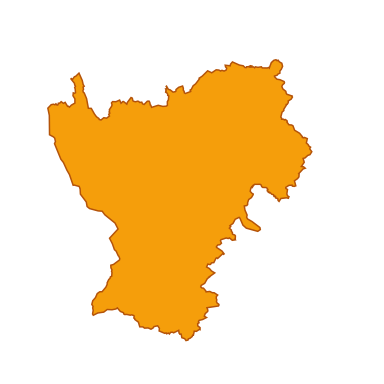 Roscrea-Templemore Lea-4, North Tipperary, Ireland (Mercator projection), rotated 166°
{"feature_id": "5873133B40874438019884", "entity_name": "Roscrea-Templemore Lea-4", "entity_type": "district", "adm_level": 2, "iso_a3": "IRL", "parent_name": "Ireland", "parent_adm1": "North Tipperary", "projection": "mercator", "projection_center": [-7.88, 52.84], "detail": "fine", "context": "isolated", "style": "filled", "palette": "amber", "viewbox_px": 384, "rotation_deg": 166, "n_neighbors": 0, "source": "geoboundaries", "source_scale": "gbopen_adm2", "svg_char_len": 5987}
<svg xmlns="http://www.w3.org/2000/svg" viewBox="0 0 384 384"><g transform="rotate(166 192 192)"><path d="M77.7,298.8L78.5,300.0L80.7,300.0L82.6,299.0L83.8,298.3L87.0,293.6L87.3,294.3L88.9,294.1L93.8,295.4L94.4,296.7L97.9,297.0L100.2,298.1L101.2,297.4L102.1,298.5L104.9,299.0L103.6,299.8L104.7,300.4L106.8,299.9L108.7,300.3L109.3,299.6L110.5,300.0L111.8,302.1L115.3,303.7L121.3,308.4L123.7,306.7L124.4,305.2L129.1,307.0L129.2,305.3L128.4,303.9L128.6,303.2L129.5,302.0L131.6,301.6L133.5,302.8L135.0,302.5L136.4,303.8L139.0,304.7L144.0,302.9L147.5,305.8L154.1,301.9L157.6,300.7L157.4,300.0L162.4,296.0L165.2,294.8L167.8,291.8L169.2,291.3L168.8,290.1L169.1,289.8L174.6,289.2L175.4,290.0L175.3,291.6L175.8,292.9L175.3,294.8L175.5,297.1L179.6,296.8L182.7,295.3L183.2,293.8L183.8,293.4L186.2,293.5L188.5,296.4L190.1,297.3L191.1,300.9L191.5,300.7L191.2,300.0L191.4,298.6L192.7,298.4L192.4,297.6L193.0,296.3L192.7,296.1L193.4,295.2L192.4,294.2L191.9,292.6L192.2,291.6L191.3,290.9L192.6,287.2L194.1,285.6L194.9,282.1L196.1,281.5L199.6,282.1L203.8,284.3L210.7,283.9L211.0,286.2L211.4,286.4L211.3,289.2L211.7,290.6L213.4,290.9L217.3,288.5L218.7,289.6L219.0,291.3L221.2,291.6L221.8,292.8L222.8,293.3L225.0,293.2L226.8,294.2L227.3,294.9L227.2,297.5L228.3,298.4L233.0,294.6L234.0,293.0L236.5,296.3L237.2,296.5L239.4,295.3L240.0,298.7L243.9,298.0L247.2,298.9L248.6,297.9L248.5,295.9L249.2,294.7L252.3,291.8L252.4,290.6L253.1,289.7L252.7,289.3L252.8,288.2L254.0,287.6L253.7,285.7L257.0,284.3L259.6,285.4L262.9,283.9L264.5,284.8L264.5,285.8L266.5,288.1L267.8,291.3L269.5,297.5L272.3,298.3L271.7,308.1L272.6,314.2L273.3,315.0L273.4,316.7L272.4,317.9L272.3,320.2L271.0,320.7L271.6,322.6L271.5,326.8L272.9,334.7L276.9,332.4L278.2,332.3L280.6,330.2L281.7,331.3L282.1,331.0L279.8,326.0L279.9,324.2L279.5,322.8L280.6,321.7L280.4,320.5L281.0,316.5L282.2,316.2L283.2,316.9L284.2,314.2L283.1,310.7L284.1,306.6L288.0,305.5L290.4,304.0L291.3,305.2L292.0,305.2L293.4,309.7L295.3,309.1L297.1,311.3L298.9,310.2L300.2,310.5L300.9,309.1L301.4,308.9L302.1,309.2L302.7,310.5L303.9,309.8L305.2,310.7L307.5,310.8L311.6,308.2L311.9,300.9L316.4,282.0L313.1,279.0L312.2,277.5L312.3,273.9L313.7,272.2L311.3,255.5L309.6,251.7L308.1,243.5L306.7,238.6L305.7,227.3L304.6,227.2L300.1,224.7L299.8,222.1L300.8,216.9L297.0,207.9L297.3,203.3L295.4,200.7L287.7,196.4L283.8,195.1L282.1,191.0L274.2,180.5L272.7,174.0L283.2,167.1L281.8,161.1L281.2,154.8L279.9,152.9L279.0,148.0L278.5,147.3L278.2,144.8L278.8,143.6L285.7,140.7L288.5,140.6L289.0,138.0L288.5,135.8L289.3,134.3L289.1,133.3L290.3,129.7L291.7,129.4L292.6,127.9L293.9,127.3L296.3,124.4L296.6,123.0L298.6,120.5L303.4,117.0L305.7,117.5L308.5,116.4L311.2,112.9L314.6,110.5L316.4,107.2L315.7,104.8L316.4,103.6L316.5,101.1L318.0,97.7L317.6,96.3L312.7,97.4L306.7,96.8L302.7,98.5L298.1,97.1L294.1,96.9L292.5,97.6L290.4,93.4L287.7,91.5L287.7,90.2L287.0,89.4L284.9,89.0L281.7,87.4L280.2,87.4L278.4,86.2L278.1,85.6L278.9,83.8L278.2,83.0L278.3,82.1L275.5,78.7L275.3,73.8L272.3,73.0L271.0,71.4L267.4,70.7L265.0,68.8L262.8,69.4L261.4,70.6L257.7,70.5L256.6,67.7L257.5,65.1L252.7,61.5L251.2,61.5L251.0,60.6L249.0,60.8L248.3,59.7L246.7,61.0L244.9,60.7L243.9,59.8L238.4,61.0L238.7,58.2L238.2,57.6L238.2,57.0L236.9,56.7L237.1,53.1L234.6,51.5L233.8,49.3L231.7,49.3L231.0,50.4L229.4,50.5L226.8,51.7L226.0,52.9L225.3,52.7L223.5,56.4L221.4,55.7L218.1,56.9L217.5,56.5L217.0,58.5L218.8,60.7L218.3,63.0L216.8,63.4L217.1,64.6L216.1,65.7L212.5,65.7L208.3,66.7L210.1,68.5L208.6,70.8L205.7,72.3L205.2,73.5L205.5,76.1L193.9,75.0L193.1,75.9L193.3,76.8L194.4,78.0L194.8,79.6L194.0,81.4L194.2,82.8L193.7,84.6L192.0,85.8L194.9,88.9L196.7,89.4L198.8,91.2L202.5,91.7L202.5,92.6L204.1,95.9L205.6,96.5L206.5,97.8L205.6,99.2L201.8,100.3L198.1,104.2L195.6,105.3L195.8,105.5L189.5,108.0L192.2,110.7L193.6,113.5L196.0,115.7L194.1,118.2L192.3,117.3L191.5,117.3L190.3,118.5L187.9,118.2L184.8,121.9L183.8,122.1L183.2,121.3L177.1,124.7L176.5,123.9L175.8,124.2L177.2,127.5L181.6,132.3L181.5,133.1L179.7,134.4L177.8,134.1L175.8,135.2L176.2,137.9L175.4,138.7L170.0,139.1L168.1,138.1L166.8,138.4L164.6,135.4L161.5,135.1L161.8,135.9L161.4,135.9L160.5,138.9L160.9,139.9L162.7,141.1L162.9,141.8L162.6,143.0L163.3,144.4L163.0,145.5L164.5,147.9L162.8,149.1L163.4,150.1L159.8,151.6L156.7,155.1L152.4,156.0L151.8,154.9L150.6,147.5L148.1,143.8L137.7,137.9L134.8,139.0L134.7,141.1L140.9,148.8L144.6,152.4L145.1,154.3L144.1,156.3L145.0,161.7L144.6,165.8L142.2,165.6L141.1,166.3L140.5,168.4L138.8,171.0L135.7,172.2L133.3,174.6L133.1,175.3L134.0,176.0L135.4,178.6L133.9,181.7L132.7,181.7L132.7,182.4L132.1,182.2L131.5,182.8L132.1,183.0L131.2,183.6L131.1,183.1L129.5,184.3L124.1,183.0L123.2,182.0L123.1,180.4L122.2,179.3L119.0,178.4L118.1,177.3L117.8,176.1L118.4,175.9L118.7,174.9L118.0,174.3L118.2,173.8L117.2,173.2L117.5,172.9L116.9,172.3L116.4,172.5L115.1,170.5L113.6,169.7L113.5,168.0L112.7,168.1L112.6,167.2L112.1,167.2L112.3,166.0L110.4,164.9L110.5,162.9L109.8,161.8L107.3,164.2L101.7,163.5L100.0,162.6L99.1,164.0L99.7,164.3L100.4,166.2L100.4,167.3L98.7,171.4L100.1,172.7L99.9,173.8L96.3,175.0L93.2,174.4L93.2,173.4L91.4,172.7L89.8,172.9L89.9,178.1L86.4,179.4L84.6,180.8L83.7,183.6L84.0,184.0L78.6,187.5L76.4,187.7L77.6,189.4L79.7,190.3L75.9,193.7L76.1,197.7L74.1,197.7L70.8,199.5L68.5,199.7L66.0,202.1L67.2,205.0L67.1,205.9L66.1,206.8L67.4,208.2L67.9,210.0L69.2,211.9L67.2,215.9L69.6,217.7L70.5,217.5L71.7,218.2L71.4,218.7L73.4,223.0L77.5,227.1L78.0,231.8L79.1,232.9L81.7,233.8L83.0,237.0L82.5,237.5L82.6,238.3L84.0,239.8L85.0,239.6L85.6,240.5L87.4,240.9L87.1,241.7L87.7,243.2L85.3,247.7L83.2,248.8L83.0,250.0L79.5,253.4L79.4,254.1L78.5,254.0L77.2,255.2L76.7,256.1L76.7,257.0L73.3,258.1L71.6,259.8L71.9,260.4L71.6,260.9L76.3,263.9L76.7,265.0L76.6,267.0L78.9,270.0L79.3,272.6L78.3,274.0L76.2,275.1L75.8,275.8L75.9,276.9L79.5,279.7L82.3,280.9L84.0,283.8L83.9,284.6L81.2,284.7L79.9,285.7L78.0,286.0L77.4,288.2L75.7,289.4L73.7,292.0L73.7,295.2L75.7,297.1L76.6,299.1L77.7,298.8Z" fill="#f59e0b" stroke="#b45309" stroke-width="1.5"/></g></svg>